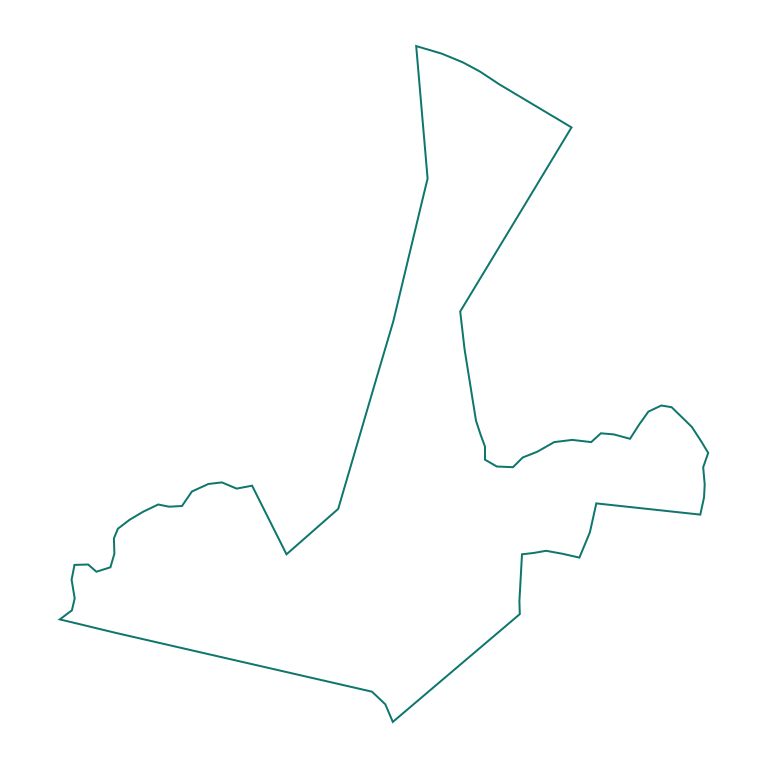 the district of Caiçara, Paraíba, Brazil
{"feature_id": "56859067B64465430989239", "entity_name": "Caiçara", "entity_type": "district", "adm_level": 2, "iso_a3": "BRA", "parent_name": "Brazil", "parent_adm1": "Paraíba", "projection": "mercator", "projection_center": [-35.407, -6.583], "detail": "fine", "context": "isolated", "style": "outline", "palette": "teal", "viewbox_px": 768, "rotation_deg": 0, "n_neighbors": 0, "source": "geoboundaries", "source_scale": "gbopen_adm2", "svg_char_len": 1037}
<svg xmlns="http://www.w3.org/2000/svg" viewBox="0 0 768 768"><path d="M416.2,46.1L427.6,178.6L424.3,192.0L393.2,321.7L376.3,378.8L338.2,508.9L286.5,554.3L252.1,485.7L236.6,488.6L221.9,482.4L208.3,484.0L191.9,491.5L182.0,506.0L169.1,506.7L158.2,504.5L143.0,511.8L129.7,519.7L117.9,528.7L113.9,538.4L114.4,553.7L110.4,567.3L96.4,571.7L88.1,564.5L74.5,564.9L71.6,579.7L74.7,598.4L71.9,610.3L59.8,619.4L116.1,633.0L372.0,691.7L385.3,704.3L392.8,721.9L519.8,614.1L519.4,601.1L522.0,554.3L533.4,553.0L546.1,550.8L562.1,553.7L579.4,557.6L589.9,532.3L596.3,503.4L700.3,514.6L704.0,497.6L704.7,484.6L703.2,467.2L708.2,452.9L700.7,440.5L691.8,426.9L679.5,414.9L671.6,407.2L661.3,405.5L648.4,411.6L639.4,424.2L630.0,438.8L613.8,434.4L600.9,433.3L591.2,442.1L572.2,439.9L554.2,442.1L537.1,451.8L522.7,457.5L513.0,467.2L496.8,466.5L485.0,459.7L485.0,446.7L480.4,434.1L476.0,420.7L464.6,349.5L460.2,311.5L531.0,194.5L571.5,127.4L516.5,94.6L499.4,84.4L479.7,71.4L462.9,62.4L441.6,53.6L416.2,46.1Z" fill="none" stroke="#0f766e" stroke-width="2"/></svg>